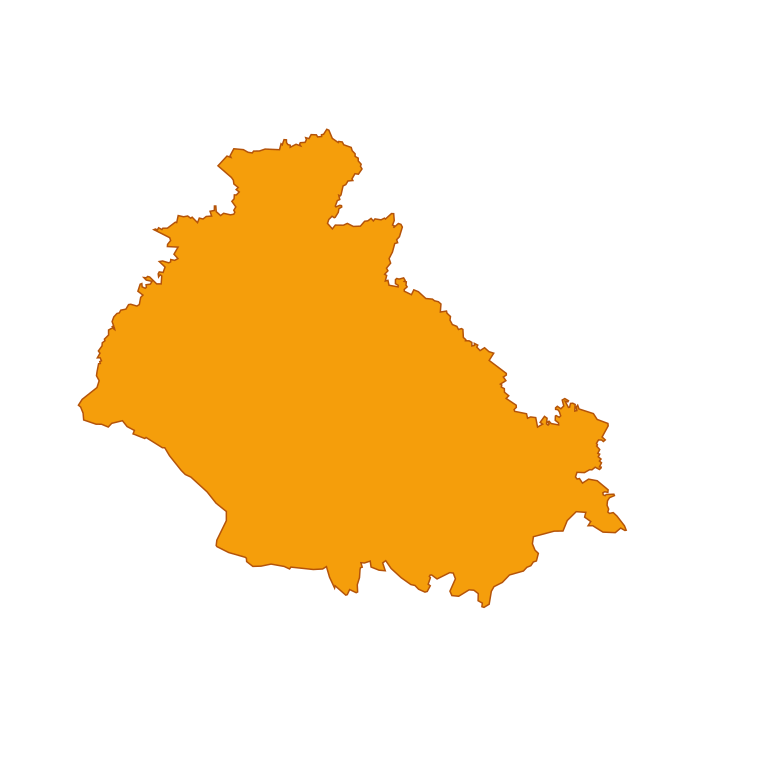 Gaibandha, Rangpur, Bangladesh (Natural Earth projection), rotated 111°
{"feature_id": "16705992B74857221285320", "entity_name": "Gaibandha", "entity_type": "district", "adm_level": 2, "iso_a3": "BGD", "parent_name": "Bangladesh", "parent_adm1": "Rangpur", "projection": "natural_earth1", "projection_center": [89.465, 25.343], "detail": "fine", "context": "isolated", "style": "filled", "palette": "amber", "viewbox_px": 768, "rotation_deg": 111, "n_neighbors": 0, "source": "geoboundaries", "source_scale": "gbopen_adm2", "svg_char_len": 6159}
<svg xmlns="http://www.w3.org/2000/svg" viewBox="0 0 768 768"><g transform="rotate(111 384 384)"><path d="M519.0,654.5L525.2,651.5L524.7,638.4L522.8,633.3L523.0,626.0L518.3,624.1L512.0,615.0L515.8,608.6L516.8,600.4L520.5,600.4L520.6,587.8L519.2,587.0L522.9,568.1L522.1,565.8L527.8,558.6L537.3,542.4L539.7,537.1L540.1,530.9L548.1,510.5L555.5,498.0L559.5,485.5L568.1,482.2L589.7,484.1L594.9,482.8L595.7,481.6L597.0,468.6L595.5,451.4L596.0,450.0L599.0,448.6L601.3,441.1L598.1,433.5L592.6,424.9L590.1,411.8L590.5,405.9L588.3,405.3L582.5,383.5L578.7,375.0L575.1,372.3L583.9,365.6L592.2,357.0L589.9,357.3L594.8,344.0L593.8,342.8L588.2,342.4L588.8,335.2L587.6,334.1L581.0,337.0L573.5,337.5L565.8,339.9L563.9,340.1L562.8,338.7L559.1,341.5L558.1,338.1L554.3,333.4L559.5,330.5L559.6,321.9L557.9,315.9L551.5,321.1L548.3,319.1L553.7,311.2L558.7,298.5L561.6,287.1L561.0,282.9L563.2,278.2L563.6,271.2L562.2,269.3L555.8,268.5L555.1,271.0L548.2,271.3L547.3,272.8L545.9,272.5L545.2,271.1L547.0,264.6L536.5,255.0L535.7,251.6L540.3,247.5L553.8,248.2L557.2,244.8L555.4,238.2L545.7,230.8L544.3,226.2L545.9,220.9L552.6,218.5L553.3,213.7L556.8,212.8L556.7,210.6L551.9,206.9L539.1,209.5L533.8,208.7L526.8,202.4L517.3,198.4L508.6,186.8L503.9,184.9L501.0,181.8L496.6,180.8L494.6,178.3L486.8,179.2L485.0,183.5L480.0,188.2L473.0,189.8L460.4,172.4L457.1,164.2L445.8,164.0L434.3,158.8L431.5,149.6L436.4,149.0L438.3,141.7L443.2,142.7L441.5,138.3L443.8,126.5L439.9,114.8L433.7,111.4L434.4,106.6L433.7,105.5L430.2,108.7L423.8,119.2L421.9,123.9L424.0,127.1L423.3,129.2L420.3,129.4L417.3,132.3L412.9,133.5L409.3,132.7L405.6,128.9L404.5,129.9L407.5,136.9L409.0,137.6L408.9,139.6L407.2,140.7L405.5,139.4L404.9,136.2L402.5,136.8L397.9,150.3L399.5,158.9L405.4,163.2L402.2,167.7L403.5,169.6L402.2,171.9L397.3,172.2L394.9,165.1L390.3,161.3L389.6,159.1L386.0,157.0L386.6,152.2L384.7,151.3L383.8,151.4L384.1,153.2L379.6,152.7L378.7,155.3L376.3,154.5L375.2,157.9L372.2,157.5L372.1,159.6L367.9,159.1L365.7,163.3L364.3,162.9L363.3,164.4L359.4,163.7L358.3,160.8L359.1,158.6L356.9,157.4L355.3,161.4L342.8,159.7L340.6,160.8L340.7,172.3L336.6,177.9L337.4,193.0L334.4,195.6L336.6,196.3L339.7,194.4L340.9,196.2L334.6,198.2L334.3,200.9L335.3,202.9L339.2,202.4L339.8,203.4L335.2,208.7L334.8,206.0L333.5,205.8L332.8,210.0L335.1,211.9L340.1,208.3L343.7,210.0L342.7,214.2L344.8,215.3L346.2,214.7L345.7,212.6L346.9,210.5L350.4,207.6L352.3,208.5L351.8,212.0L352.5,212.5L356.6,211.1L357.7,207.2L359.6,206.3L361.0,213.7L359.6,216.6L360.8,217.6L362.1,215.5L363.6,216.1L363.0,218.0L357.5,219.5L356.7,222.6L363.9,224.5L364.6,221.5L369.2,225.2L361.0,230.3L362.2,235.3L364.5,237.7L360.7,240.3L362.7,252.2L361.3,253.4L358.4,252.1L356.4,253.0L353.7,264.8L350.3,263.3L348.5,268.6L345.2,270.0L344.8,273.4L342.7,273.7L342.4,275.3L337.2,271.4L334.7,275.1L331.8,273.0L330.3,273.6L324.3,294.3L315.9,292.6L316.2,297.6L314.1,303.1L318.4,306.3L316.3,310.6L314.1,310.4L313.7,314.2L315.5,313.3L317.0,315.6L313.7,316.9L313.2,319.9L314.4,323.5L313.3,323.5L312.1,326.6L304.8,329.9L304.5,331.5L306.4,334.0L304.1,336.6L304.0,341.5L300.7,345.3L297.2,346.1L295.3,350.6L293.5,351.8L296.6,357.2L288.9,359.5L287.7,362.7L288.2,366.7L287.4,369.2L289.2,375.6L285.5,385.0L285.4,389.9L290.8,390.4L290.1,398.3L288.5,399.0L285.0,397.2L283.8,398.9L280.6,399.8L281.0,401.9L279.7,401.4L277.9,403.7L280.7,407.6L280.9,409.9L282.5,410.7L286.2,409.3L286.8,406.1L288.3,405.6L290.0,414.7L285.8,417.5L287.4,419.7L281.7,420.4L281.3,422.7L276.9,420.9L275.0,423.2L268.8,421.1L265.1,424.2L257.8,423.4L249.0,424.3L247.2,421.9L244.8,423.9L241.0,422.4L230.9,423.1L228.9,425.4L229.0,428.1L234.7,431.1L232.7,431.0L232.5,433.0L227.8,433.0L221.5,436.0L222.2,438.1L229.5,441.8L229.0,443.0L231.8,445.6L233.1,451.6L235.6,452.4L234.0,455.4L237.5,457.6L239.0,460.4L245.1,462.6L247.9,469.1L247.2,475.8L250.3,478.8L253.1,486.4L257.7,487.8L254.3,494.3L250.2,494.5L246.0,492.6L246.6,490.1L245.9,489.3L240.2,488.2L236.5,488.9L233.9,486.9L232.7,487.6L233.0,489.3L235.9,492.3L235.4,493.2L229.5,493.3L227.6,491.4L224.0,493.9L224.1,492.3L222.9,491.9L213.8,493.2L211.5,491.1L207.4,490.4L205.2,486.0L204.0,487.4L198.1,486.5L197.3,483.1L191.1,481.6L189.2,484.0L187.0,484.1L185.0,488.0L182.4,489.0L181.9,492.5L179.4,493.5L177.6,497.3L174.9,499.4L175.1,507.3L173.0,509.7L173.8,513.2L175.0,513.3L173.2,520.3L166.8,526.4L166.7,528.7L172.5,529.9L173.7,531.7L175.3,530.9L177.1,534.5L175.6,536.4L177.3,541.4L181.8,542.0L182.1,545.4L183.8,544.0L186.7,544.3L188.7,548.6L190.3,548.7L191.6,547.1L191.7,552.0L196.6,556.4L194.7,557.1L194.9,559.6L193.6,561.5L191.0,562.6L191.7,564.9L197.2,564.7L196.6,566.2L202.7,565.5L207.3,579.2L211.1,583.8L213.3,589.2L215.5,589.8L216.4,594.0L215.6,599.3L218.2,608.5L226.0,609.5L227.3,608.1L227.5,612.3L239.8,617.2L245.9,600.4L247.7,597.7L251.1,595.8L252.8,590.5L255.5,591.7L256.6,588.0L260.4,589.6L261.1,591.5L264.8,590.3L268.0,591.5L271.8,585.8L275.6,586.5L277.1,584.8L279.3,585.1L281.1,588.0L282.1,594.9L285.3,596.9L283.2,602.4L278.1,604.8L278.6,606.1L282.8,604.6L285.1,608.3L289.0,605.1L291.3,610.0L294.8,612.1L295.3,615.9L300.2,615.9L297.0,622.9L298.5,623.9L297.5,627.5L299.7,631.0L300.5,636.5L307.6,635.4L307.7,636.8L316.2,642.1L317.8,646.3L319.4,646.7L318.9,650.4L321.4,650.8L321.2,652.9L322.4,654.2L324.2,636.5L326.5,634.6L331.2,636.1L333.3,635.5L330.0,625.3L338.1,626.6L340.8,621.3L343.6,623.7L344.2,627.7L346.5,627.0L348.0,628.4L348.5,634.8L350.2,637.7L353.3,630.3L359.0,630.2L359.9,634.0L362.1,634.3L364.8,632.8L362.2,632.2L362.8,630.2L370.4,627.9L372.0,632.1L368.1,641.1L368.3,643.2L370.0,644.0L370.7,646.4L372.2,643.2L371.3,637.4L374.5,637.9L376.6,641.7L378.9,640.5L380.2,641.2L380.0,644.6L377.0,646.1L378.2,647.4L385.6,647.0L387.4,640.9L390.3,642.2L397.5,640.9L399.8,642.6L400.3,649.0L401.4,650.9L406.6,651.8L409.4,656.2L412.5,656.6L413.9,658.6L418.2,660.3L423.2,660.2L426.5,657.3L427.6,658.1L427.7,656.2L429.7,654.9L428.9,657.6L432.3,660.5L437.0,658.7L442.3,661.1L443.6,660.0L446.5,661.8L449.5,660.9L455.5,662.5L457.0,660.2L462.3,661.0L461.2,658.5L463.6,656.1L464.9,657.4L466.5,656.2L467.4,657.7L475.4,656.3L479.3,655.4L483.0,651.1L490.2,650.7L506.5,660.3L513.3,661.7L514.2,659.0L519.0,654.5Z" fill="#f59e0b" stroke="#b45309" stroke-width="1.5"/></g></svg>